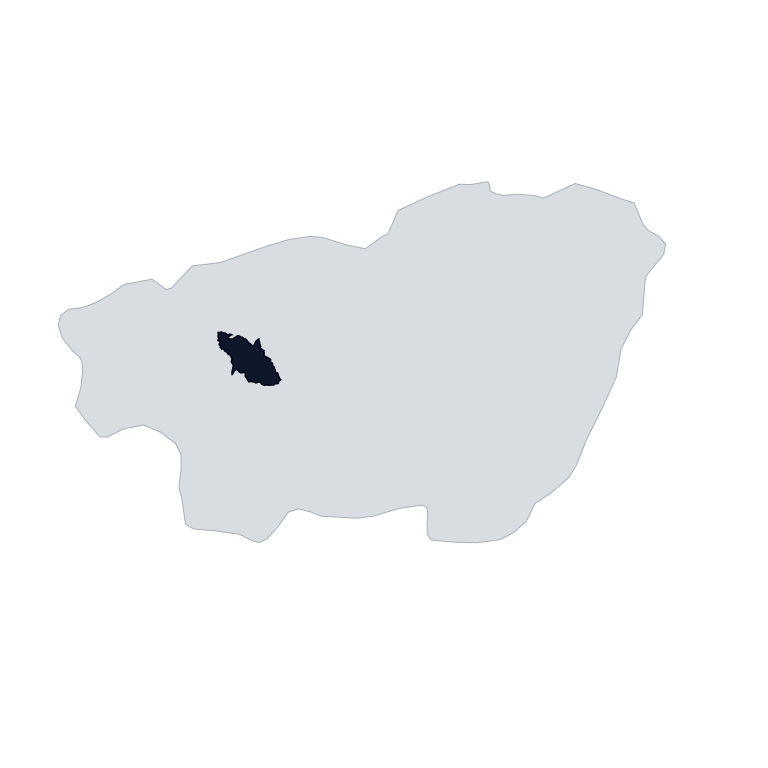 location of Saleng, Mongar, Bhutan, rotated 167°
{"feature_id": "84629894B77073852352819", "entity_name": "Saleng", "entity_type": "district", "adm_level": 2, "iso_a3": "BTN", "parent_name": "Bhutan", "parent_adm1": "Mongar", "projection": "natural_earth1", "projection_center": [91.106, 27.254], "detail": "fine", "context": "in_parent", "style": "filled", "palette": "ink", "viewbox_px": 768, "rotation_deg": 167, "n_neighbors": 0, "source": "geoboundaries", "source_scale": "gbopen_adm2", "svg_char_len": 7043}
<svg xmlns="http://www.w3.org/2000/svg" viewBox="0 0 768 768"><g transform="rotate(167 384 384)"><path d="M607.1,328.0L606.0,333.0L600.9,346.3L597.6,360.8L600.4,372.7L612.0,386.8L627.5,398.1L647.3,399.0L665.5,394.6L672.8,396.4L682.7,415.3L689.8,431.6L680.3,448.5L675.1,463.3L673.2,473.7L674.4,478.3L680.3,486.8L687.2,501.3L688.1,514.6L683.8,523.4L674.4,527.8L664.4,526.5L656.2,526.7L645.8,528.3L629.7,533.2L614.6,539.5L586.4,538.3L575.1,525.2L569.8,525.1L544.2,542.2L516.2,539.2L465.3,544.9L444.0,546.2L422.2,544.3L411.1,540.7L390.6,528.7L372.0,520.0L353.0,528.0L346.4,529.5L331.1,550.0L298.2,556.8L265.4,561.7L255.7,559.0L237.2,557.7L236.5,553.0L237.1,548.3L232.9,544.6L225.4,540.8L212.5,539.2L195.9,534.1L186.4,529.2L152.7,536.4L133.1,525.6L110.9,510.8L99.7,504.3L95.7,481.3L91.8,473.9L83.1,466.2L78.2,457.0L82.2,447.6L104.5,430.1L106.3,426.0L116.7,393.4L131.0,381.5L145.1,365.0L155.8,338.8L176.5,311.9L199.1,284.3L214.6,261.8L224.9,251.3L246.1,240.1L263.8,233.5L276.1,218.4L290.9,210.1L306.0,206.3L328.5,208.3L349.7,213.7L372.9,221.2L375.6,227.2L373.6,237.9L370.3,248.7L370.1,254.3L373.7,257.3L396.4,259.4L424.3,257.7L439.9,259.2L474.7,269.2L484.9,276.2L495.6,281.6L505.9,280.7L519.1,269.1L533.0,259.3L541.6,257.7L547.7,260.9L558.8,270.2L581.8,279.0L602.3,285.7L608.9,292.0L606.7,319.0L607.1,328.0Z" fill="#d9dde1" stroke="#a8b0b8" stroke-width="1"/><path d="M495.7,456.0L496.5,455.8L497.6,455.4L498.9,454.6L500.2,453.4L500.9,452.2L501.3,451.7L501.8,451.2L502.6,450.9L503.0,450.7L503.4,450.7L503.6,450.6L505.0,452.8L505.1,453.3L505.2,453.5L505.8,453.6L506.1,453.7L506.3,453.9L506.4,454.6L506.5,454.9L506.6,455.2L507.2,456.0L507.5,456.5L507.9,457.7L508.1,458.2L508.9,459.1L509.5,459.1L510.0,459.2L510.7,459.9L510.8,460.2L511.0,460.9L511.5,461.4L511.8,461.5L512.3,461.6L513.3,462.3L513.9,463.2L514.1,463.3L514.3,463.4L514.9,463.7L515.3,463.9L515.6,463.9L516.2,463.8L516.6,463.8L516.8,463.7L517.0,463.5L517.1,463.4L517.3,463.3L517.8,463.2L518.3,463.0L518.6,462.7L519.2,462.8L519.4,462.8L519.8,462.5L520.2,462.4L520.3,462.3L520.6,462.1L520.8,462.0L520.9,461.9L521.0,461.8L521.3,461.8L522.2,461.9L522.6,462.2L522.9,462.2L523.3,462.3L523.7,462.3L523.9,462.4L524.2,462.8L524.9,463.3L525.0,463.5L525.6,463.7L525.9,463.9L526.1,464.3L526.3,464.5L526.1,464.7L525.8,464.7L525.2,464.9L524.9,465.0L524.6,465.1L523.9,465.4L522.8,465.8L522.5,466.0L522.3,466.1L521.8,466.2L521.3,466.2L522.0,466.8L522.9,467.2L523.3,467.3L524.3,467.0L524.7,467.0L525.2,467.1L526.5,468.4L527.2,469.4L527.7,469.5L528.1,469.7L528.6,469.9L528.8,470.0L529.3,470.1L529.6,470.2L530.1,470.5L530.3,470.7L530.5,471.1L530.9,471.5L531.0,471.3L531.4,470.9L531.7,470.8L532.7,471.1L533.6,471.5L533.9,471.6L534.1,471.6L534.2,470.8L534.4,469.2L534.4,468.7L534.5,468.5L534.8,468.3L534.9,468.2L535.0,467.9L534.9,467.4L535.0,466.6L534.9,466.3L534.8,466.0L534.7,465.8L534.8,465.6L535.1,465.1L535.8,464.3L536.0,463.9L535.9,463.6L535.8,463.4L535.3,463.3L534.9,463.4L534.2,463.4L533.9,463.1L533.9,462.9L534.0,462.7L534.4,462.4L534.6,462.1L534.4,461.5L534.7,460.8L534.9,460.5L535.5,460.2L535.8,459.8L535.7,459.2L535.5,458.9L534.7,458.1L534.5,457.8L534.6,457.6L534.9,457.4L535.2,457.1L535.3,456.7L535.2,456.4L535.2,456.2L534.2,455.4L534.2,455.2L534.2,454.7L534.2,454.4L533.8,454.5L533.2,454.6L532.9,454.5L532.4,454.3L532.1,454.0L532.0,453.8L532.0,452.7L531.6,451.9L531.5,451.4L531.2,451.3L530.7,451.4L530.3,451.2L529.9,450.1L529.6,449.5L529.4,448.5L529.0,448.2L528.5,447.4L528.0,447.2L527.1,447.1L526.7,447.1L526.5,446.8L526.5,446.6L526.6,446.3L527.2,445.7L527.3,445.5L527.3,445.3L527.2,445.0L526.8,444.4L526.6,444.0L526.5,443.0L526.8,441.8L526.9,441.2L527.4,440.8L527.6,440.5L527.7,440.4L527.7,440.0L527.6,439.5L527.5,439.0L527.4,438.5L527.0,437.7L527.0,437.4L526.8,436.7L526.7,436.0L526.8,435.5L527.4,434.6L527.5,434.3L527.8,433.2L528.1,432.7L528.5,432.0L528.7,431.6L528.7,431.3L529.0,430.8L529.4,430.1L529.5,429.9L529.5,429.5L529.6,429.3L529.7,428.8L529.7,428.2L529.8,427.8L529.9,427.4L529.7,427.4L529.5,427.5L529.1,428.0L528.6,428.6L528.1,429.0L527.9,429.2L527.8,429.5L527.5,429.9L527.3,430.1L527.0,430.3L526.3,430.8L525.9,431.1L525.4,431.2L525.0,431.3L524.5,431.3L523.9,431.3L523.6,430.6L523.3,430.1L522.9,429.7L522.9,429.3L522.6,429.0L522.6,428.7L521.9,428.1L521.5,427.5L520.9,427.0L519.7,426.9L518.8,426.9L518.5,426.8L517.8,426.6L517.6,426.4L517.4,426.3L517.1,426.3L516.9,426.2L516.8,425.9L516.8,425.7L516.6,425.4L516.8,424.9L516.8,424.7L517.2,423.9L517.2,423.7L517.5,423.2L517.4,422.9L517.2,422.8L517.1,422.7L517.2,422.3L517.0,421.8L517.0,421.5L516.9,421.2L516.7,421.1L516.5,420.8L516.5,420.3L516.5,420.0L516.4,419.8L516.3,419.7L516.1,419.3L515.9,419.2L515.7,418.7L515.7,417.9L515.6,417.7L515.5,417.2L515.4,416.8L515.3,416.6L515.2,416.5L514.7,416.5L514.0,416.4L513.8,416.4L513.4,416.4L513.2,416.5L513.1,416.4L513.0,416.5L512.7,416.5L512.5,416.4L512.2,416.2L511.9,416.0L511.4,415.7L511.2,415.5L511.0,415.4L510.7,415.3L510.2,415.2L509.7,415.1L509.5,414.9L509.2,414.6L509.1,414.4L508.9,414.0L508.8,413.9L508.6,413.8L508.2,413.8L507.7,413.9L507.0,414.1L506.0,414.2L505.1,414.0L504.7,413.8L504.5,413.6L504.1,413.5L504.0,413.4L504.0,413.2L503.6,412.4L503.2,411.8L503.1,411.6L503.0,411.4L503.0,411.2L502.9,411.0L502.6,410.8L502.3,410.7L502.0,410.5L501.5,409.9L501.0,409.7L500.6,409.5L500.0,409.5L499.5,409.5L498.6,409.5L497.8,409.1L496.6,408.7L495.5,408.5L494.7,408.5L493.9,408.2L493.0,408.2L492.6,408.2L491.5,407.9L491.2,408.0L490.8,408.4L490.7,408.7L490.1,408.7L489.9,408.7L489.7,408.6L489.4,408.4L489.2,408.4L488.8,408.6L488.5,408.6L488.4,408.5L488.1,408.4L487.4,408.3L486.8,408.5L486.7,408.6L486.7,409.0L486.6,409.4L486.3,409.8L485.8,410.2L484.9,410.6L484.7,410.8L484.4,410.9L484.3,411.1L483.6,411.4L483.6,411.5L483.8,411.7L484.1,412.0L484.2,412.3L484.4,412.8L484.6,413.1L484.6,413.6L484.6,413.9L484.6,414.3L484.8,414.7L485.0,415.4L485.1,415.6L485.0,415.9L485.0,416.5L484.9,417.1L485.1,418.3L485.4,418.8L485.8,418.7L486.1,418.7L486.3,418.8L486.6,419.1L487.1,419.1L487.4,419.1L487.2,419.8L486.9,420.4L486.8,420.6L486.9,420.8L487.1,421.0L487.2,421.4L487.1,421.5L487.0,421.9L486.9,422.0L487.1,422.5L487.3,422.9L487.6,423.1L487.4,423.4L487.3,423.7L487.1,424.5L487.1,425.1L487.4,425.5L488.0,425.8L488.0,426.1L488.1,426.3L488.1,426.5L488.2,426.8L488.2,427.0L488.2,427.3L488.3,427.8L488.3,428.5L488.0,429.0L488.0,429.4L488.3,429.6L488.5,429.7L488.9,430.1L489.2,430.4L489.3,430.6L489.6,430.9L489.5,431.5L489.4,431.9L489.1,432.8L489.1,433.5L489.3,433.8L489.6,434.4L489.9,434.6L490.2,434.7L490.5,434.9L491.1,435.5L491.5,436.1L492.5,436.7L493.4,437.6L494.0,438.1L494.4,438.3L494.5,438.4L494.3,439.3L494.0,440.3L494.0,441.2L493.9,441.3L493.6,441.7L493.7,442.1L493.8,442.4L493.8,442.7L493.8,443.1L493.6,443.5L493.4,443.7L493.6,443.8L493.8,444.0L494.1,444.1L494.3,444.1L494.5,444.3L494.6,444.6L494.8,444.9L495.2,445.5L496.0,446.1L496.5,446.8L496.4,447.2L496.3,447.4L495.6,448.4L495.9,449.4L495.8,450.2L495.9,450.5L496.1,450.8L496.2,451.1L496.0,451.6L495.8,451.9L495.7,452.8L495.8,453.2L496.0,453.5L496.0,454.2L496.0,454.5L495.8,455.1L495.7,456.0Z" fill="#0f172a" stroke="#020617" stroke-width="1.5"/></g></svg>